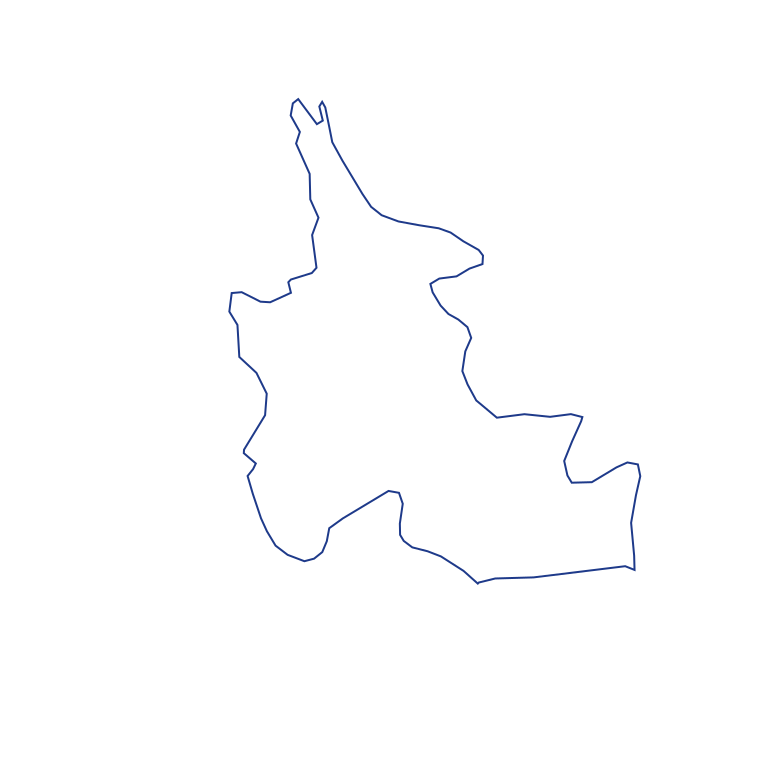 outline of East Ayrshire, rotated 149°
{"feature_id": "GBR-2001", "entity_name": "East Ayrshire", "entity_type": "Unitary District", "adm_level": 1, "iso_a3": "GBR", "parent_name": "United Kingdom", "parent_adm1": "", "projection": "mercator", "projection_center": [-4.337, 55.451], "detail": "fine", "context": "isolated", "style": "outline", "palette": "blue", "viewbox_px": 768, "rotation_deg": 149, "n_neighbors": 0, "source": "natural_earth", "source_scale": "10m", "svg_char_len": 1509}
<svg xmlns="http://www.w3.org/2000/svg" viewBox="0 0 768 768"><g transform="rotate(149 384 384)"><path d="M282.3,445.9L292.7,445.9L295.1,437.5L295.1,422.1L292.7,410.8L287.1,401.0L283.2,389.8L285.5,378.6L297.5,370.1L310.2,354.7L312.6,340.6L313.4,322.4L304.6,297.0L279.2,285.8L258.5,270.3L239.3,261.9L231.0,253.5L234.1,250.6L252.4,237.9L269.2,225.2L273.9,211.1L273.9,202.7L256.4,192.8L243.7,192.8L227.7,192.8L215.8,191.4L207.8,184.3L211.8,173.0L225.3,158.9L243.7,137.7L258.0,108.0L265.0,95.6L271.1,103.6L355.4,141.2L388.8,160.0L405.0,165.0L406.4,164.6L412.1,182.9L424.0,206.9L432.8,218.2L443.9,229.4L447.9,239.3L447.9,246.4L442.3,256.2L429.6,271.7L427.2,283.0L435.2,290.0L445.5,290.0L459.1,290.0L488.5,290.0L505.2,288.6L514.0,278.7L523.5,271.7L533.9,270.3L543.5,273.1L554.6,287.2L560.2,301.3L560.2,318.1L558.6,332.2L553.0,357.5L548.3,375.4L540.0,378.5L534.8,381.9L539.8,396.9L537.8,399.8L502.0,418.5L489.5,436.1L487.6,459.2L494.1,481.7L479.2,510.1L479.3,525.7L467.7,540.4L458.7,536.0L447.5,518.2L439.5,512.7L416.8,510.1L413.6,520.5L410.0,521.5L388.7,516.3L382.0,518.4L368.9,548.7L354.5,560.3L352.1,580.2L339.5,602.4L335.5,635.4L326.3,643.4L325.7,662.2L317.6,671.5L310.8,672.4L307.7,641.3L300.8,641.3L296.5,655.2L291.7,657.7L291.9,651.3L298.3,633.2L303.8,617.9L304.6,596.9L304.6,580.2L304.6,557.8L303.8,542.5L299.1,529.9L287.9,515.9L272.0,501.9L256.9,489.3L248.9,479.5L242.5,465.5L233.8,450.1L233.0,443.1L237.8,436.1L251.3,438.9L266.4,438.9L282.3,445.9Z" fill="none" stroke="#1e3a8a" stroke-width="2"/></g></svg>